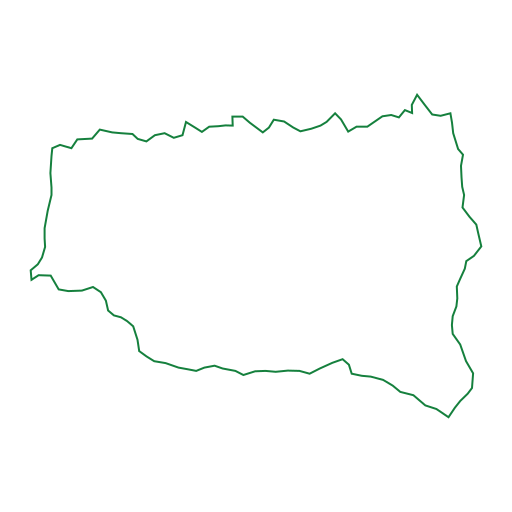 the district of São João de Iracema, São Paulo, Brazil
{"feature_id": "56859067B93293493081194", "entity_name": "São João de Iracema", "entity_type": "district", "adm_level": 2, "iso_a3": "BRA", "parent_name": "Brazil", "parent_adm1": "São Paulo", "projection": "orthographic", "projection_center": [-50.356, -20.525], "detail": "fine", "context": "isolated", "style": "outline", "palette": "green", "viewbox_px": 512, "rotation_deg": 0, "n_neighbors": 0, "source": "geoboundaries", "source_scale": "gbopen_adm2", "svg_char_len": 1770}
<svg xmlns="http://www.w3.org/2000/svg" viewBox="0 0 512 512"><path d="M232.4,116.6L232.7,125.6L225.5,125.4L218.4,126.2L209.2,126.7L201.9,131.9L195.1,127.6L186.0,122.0L182.5,135.2L173.8,137.8L164.6,133.2L154.9,135.2L146.4,141.4L137.7,138.9L132.5,134.0L121.0,133.2L112.2,132.4L99.8,129.6L92.1,138.6L77.3,139.4L71.4,148.2L60.0,144.9L52.3,148.2L51.5,156.0L50.4,173.1L51.5,187.6L51.5,195.0L47.7,210.8L44.6,228.2L44.6,238.6L45.1,246.9L42.0,257.5L37.8,264.3L30.7,270.3L31.5,279.8L38.6,275.2L50.7,275.6L58.7,289.4L68.3,291.1L81.9,290.6L93.0,287.0L100.9,292.2L105.9,300.7L108.1,310.5L113.9,315.4L121.0,317.3L127.1,321.1L133.2,326.3L137.5,339.8L139.2,351.1L146.5,356.4L154.2,361.2L165.6,363.1L178.5,367.6L187.9,369.3L196.2,370.9L204.4,367.6L214.6,365.7L222.6,368.5L235.4,370.9L243.4,375.0L255.1,371.3L265.5,370.9L275.7,371.8L287.8,370.6L299.5,370.9L309.6,373.7L319.8,368.5L332.4,362.8L342.6,359.2L348.9,364.7L351.7,373.7L361.8,375.8L370.7,376.6L383.1,379.9L392.7,385.6L400.3,391.9L413.4,395.2L425.3,405.4L436.4,409.0L448.5,417.2L454.9,407.7L460.3,400.9L467.7,393.7L472.0,388.0L473.1,373.3L466.0,361.1L460.2,344.5L452.7,333.9L451.9,325.1L452.7,316.2L456.4,306.4L457.3,298.4L456.8,286.5L460.2,278.8L464.8,268.7L466.3,261.1L473.9,255.9L481.3,246.4L478.2,233.1L476.3,224.6L469.5,216.8L462.5,207.5L464.1,195.0L462.2,186.8L461.5,177.1L461.0,165.8L463.0,154.7L458.1,149.0L453.2,133.2L452.0,122.6L450.4,113.3L440.6,115.8L432.2,114.5L424.6,104.7L417.1,94.8L411.8,104.9L412.1,113.0L404.9,110.1L398.9,117.4L391.2,115.0L382.4,116.3L367.3,126.7L356.5,126.7L348.2,131.6L341.0,119.4L335.1,113.3L326.6,121.9L320.5,125.6L311.4,128.7L300.4,131.3L293.2,127.5L284.1,121.5L273.8,119.7L268.9,127.6L262.8,132.4L249.8,122.7L242.7,116.6L232.4,116.6Z" fill="none" stroke="#15803d" stroke-width="2"/></svg>